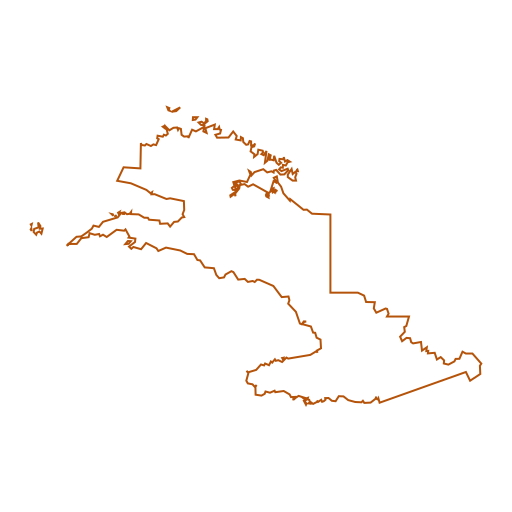 the district of Alotau District, Milne Bay, Papua New Guinea, rotated 180°
{"feature_id": "67681753B64121020462611", "entity_name": "Alotau District", "entity_type": "district", "adm_level": 2, "iso_a3": "PNG", "parent_name": "Papua New Guinea", "parent_adm1": "Milne Bay", "projection": "natural_earth1", "projection_center": [150.058, -10.179], "detail": "fine", "context": "isolated", "style": "outline", "palette": "amber", "viewbox_px": 512, "rotation_deg": 180, "n_neighbors": 0, "source": "geoboundaries", "source_scale": "gbopen_adm2", "svg_char_len": 6162}
<svg xmlns="http://www.w3.org/2000/svg" viewBox="0 0 512 512"><g transform="rotate(180 256 256)"><path d="M181.6,297.5L200.0,298.3L205.1,302.4L208.5,302.2L221.8,312.9L222.1,311.3L228.6,318.7L230.9,325.3L234.1,329.5L235.2,335.6L238.2,334.2L234.8,328.8L238.4,330.9L241.0,322.7L238.4,323.8L238.9,320.6L237.9,321.2L237.1,319.9L236.5,322.1L234.6,320.9L236.5,321.6L236.6,319.6L237.4,319.5L238.0,320.7L239.3,319.7L239.7,321.8L243.2,319.1L243.3,317.0L245.3,318.1L245.8,316.4L243.7,315.6L243.5,314.4L245.6,315.5L246.1,317.0L245.4,318.5L243.4,317.4L243.9,319.3L258.9,327.7L263.9,325.3L267.4,327.9L272.2,326.9L272.8,323.5L276.8,318.5L276.5,315.8L277.5,318.2L281.4,315.3L281.7,316.7L275.8,320.6L275.8,321.9L279.2,322.2L280.1,324.1L276.0,327.4L278.0,327.6L278.7,329.9L272.6,331.5L265.0,330.0L261.6,337.4L263.0,341.2L261.2,340.0L260.5,336.6L257.5,339.9L248.7,342.8L244.8,339.6L240.6,340.7L238.4,339.5L238.2,341.4L235.8,342.1L231.6,337.4L227.7,337.6L223.7,341.8L224.3,343.3L230.5,340.9L232.9,342.6L231.3,344.6L229.2,344.3L229.1,347.1L226.2,346.5L224.4,349.7L222.1,350.3L224.6,351.9L227.0,350.5L228.2,354.9L228.5,352.7L232.5,353.1L232.8,350.9L230.9,349.2L233.2,347.2L235.5,349.3L237.8,356.2L238.4,351.7L242.0,352.7L242.7,351.4L241.3,356.7L243.2,357.7L244.6,351.3L247.1,349.2L245.5,361.0L248.3,356.8L250.6,357.9L248.9,359.7L249.3,361.3L253.7,362.3L254.4,357.9L257.9,355.1L257.6,357.8L261.4,360.6L260.5,364.8L257.8,365.6L256.9,368.5L258.3,366.7L260.9,366.6L260.9,370.6L262.4,371.0L263.9,367.6L265.8,367.2L268.7,370.0L269.1,373.8L271.1,374.9L271.3,371.6L276.3,372.5L275.3,376.0L278.8,380.5L283.5,374.5L294.9,374.3L296.6,377.2L291.9,378.5L291.0,382.1L292.4,382.5L292.9,385.0L294.3,382.9L297.9,382.9L297.2,387.4L306.7,383.8L305.4,379.1L308.6,380.6L307.9,385.1L316.1,380.6L319.9,382.3L323.6,374.0L323.7,375.7L327.9,375.4L330.4,377.2L331.1,383.1L333.1,383.8L334.0,382.1L334.9,384.5L338.6,384.2L342.6,381.7L346.0,385.1L344.2,378.2L346.1,376.5L348.1,377.3L349.2,375.3L354.4,376.3L354.8,373.7L353.3,372.8L355.9,366.9L358.6,367.6L361.1,366.0L365.6,368.0L367.1,366.5L370.4,367.0L371.1,368.9L371.6,343.6L388.4,344.7L394.8,331.2L381.1,328.7L365.6,322.1L361.5,318.8L360.0,319.8L360.5,317.7L357.3,317.8L345.5,313.0L341.9,313.7L328.1,310.9L327.8,302.0L329.4,297.8L327.8,294.9L330.2,294.5L334.1,290.5L337.9,290.1L341.9,285.4L344.3,288.6L351.9,288.2L352.6,291.5L363.0,292.3L364.1,294.2L367.8,294.3L373.3,297.6L381.1,297.9L380.9,300.1L382.3,298.2L385.0,297.8L387.1,299.3L387.8,298.0L389.0,298.1L388.4,299.5L390.8,299.1L394.3,294.6L409.0,290.2L413.1,285.1L418.5,286.4L420.2,283.3L425.4,279.3L430.7,275.6L435.5,275.2L443.5,268.0L435.2,268.1L430.7,273.8L423.4,274.8L422.4,278.8L417.2,277.2L412.9,278.0L412.0,275.7L409.0,277.3L405.3,275.0L395.4,282.2L387.8,281.3L386.5,282.6L382.6,275.5L383.4,274.4L376.6,273.4L377.0,270.0L383.0,265.4L380.7,263.2L378.6,265.0L370.9,262.8L365.9,269.0L355.5,263.7L353.7,261.0L346.0,264.4L331.7,261.5L324.8,258.1L318.0,257.8L314.6,252.0L311.9,251.6L307.3,244.6L298.1,243.8L295.7,237.1L292.8,233.8L288.0,234.6L286.5,237.5L280.6,240.8L278.6,239.9L273.8,232.4L267.3,233.1L264.1,230.1L259.3,231.0L257.3,230.0L255.0,232.3L252.7,232.2L238.6,226.0L230.3,214.9L223.5,215.5L222.6,211.8L223.8,208.3L216.1,200.2L212.1,188.5L210.2,187.7L208.2,190.6L205.8,190.5L208.2,190.0L209.5,187.8L201.1,185.5L198.9,179.4L196.8,179.2L195.4,174.3L191.5,172.4L191.0,163.7L195.0,161.5L194.6,159.3L195.5,160.9L201.7,157.1L223.8,153.4L225.6,154.4L229.9,150.0L233.7,151.8L236.2,151.2L237.1,152.7L239.8,149.4L241.1,150.5L243.0,146.8L246.9,148.5L247.9,146.6L251.0,147.5L255.8,142.1L263.8,139.7L265.5,141.1L263.6,138.9L265.7,131.3L264.2,128.6L259.5,127.7L257.4,125.3L255.4,126.9L256.6,125.2L256.4,117.3L250.5,116.4L247.3,118.2L246.5,120.5L242.0,119.3L237.4,121.3L236.7,119.8L228.3,121.0L222.4,117.6L221.0,114.9L216.9,115.1L217.4,113.5L213.4,116.1L207.9,114.4L208.9,114.0L207.6,113.0L204.1,114.2L204.5,112.6L202.8,112.2L202.0,109.8L203.6,108.6L201.3,108.3L201.2,109.8L198.9,108.1L194.6,110.3L194.9,111.5L193.9,110.1L190.8,112.2L189.9,110.2L188.2,110.8L186.5,112.3L186.8,113.9L183.5,114.0L180.1,111.2L176.4,110.8L173.2,115.8L168.5,115.6L163.8,111.9L156.8,110.0L150.6,109.7L149.1,111.2L147.7,109.1L141.4,109.4L136.5,113.2L135.7,115.4L135.8,113.3L134.1,112.5L133.6,113.6L132.4,109.3L46.1,140.0L41.9,131.3L31.7,138.0L32.1,146.2L30.7,148.4L39.6,158.5L46.2,158.5L49.5,160.3L52.6,153.2L56.4,153.1L57.6,150.6L63.6,147.4L68.2,148.5L67.9,151.6L71.3,154.9L75.1,152.5L77.3,159.2L84.1,158.6L83.8,161.1L85.7,160.9L85.2,164.7L90.0,161.4L91.0,170.0L98.9,168.6L100.8,169.8L101.9,173.8L105.5,174.1L109.9,170.8L111.9,175.3L107.2,180.2L107.8,184.9L105.7,186.0L103.0,195.5L125.0,195.5L123.4,198.3L125.0,203.1L126.4,203.5L135.7,199.3L138.2,203.6L137.2,209.8L145.9,210.0L147.9,216.4L154.1,219.3L181.6,219.3L181.6,297.5ZM219.4,331.4L216.0,331.4L216.8,334.7L215.5,338.2L216.6,340.2L219.3,338.0L220.4,343.0L224.2,337.4L224.2,334.9L219.4,331.4ZM478.4,280.1L475.8,277.3L475.0,279.4L472.6,280.5L470.6,278.3L469.3,283.5L472.1,283.3L471.6,286.0L473.9,289.5L473.4,284.6L477.8,283.1L478.4,280.1ZM311.0,387.1L307.6,386.7L308.0,387.8L304.3,390.8L304.7,392.7L305.9,393.2L305.9,391.0L307.9,388.5L310.4,390.3L313.4,389.5L311.0,387.1ZM276.8,329.5L273.2,325.8L271.2,328.2L272.5,330.5L276.8,329.5ZM275.2,327.1L277.0,324.9L276.4,323.1L273.4,323.9L275.2,327.1ZM340.2,400.3L335.8,400.9L331.8,404.6L340.2,400.3ZM386.7,267.9L383.3,268.2L381.2,270.8L384.1,271.0L386.7,267.9ZM319.0,394.8L319.2,392.0L316.5,392.4L314.6,394.8L319.0,394.8ZM205.6,112.1L208.1,111.2L206.0,107.2L205.4,108.4L207.5,110.8L205.6,112.1ZM343.6,401.7L342.2,401.2L343.3,402.5L342.7,403.9L344.8,404.8L343.6,401.7ZM347.6,386.1L349.2,385.3L347.5,384.0L347.6,386.1ZM480.7,283.6L481.3,282.5L480.3,281.1L480.7,283.6ZM480.2,288.1L481.2,287.6L480.6,286.5L480.2,288.1ZM228.4,154.3L229.8,154.0L229.0,152.5L228.4,154.3ZM392.4,300.2L393.9,299.3L393.2,297.9L392.4,300.2ZM217.9,112.7L217.4,113.2L219.6,112.7L217.9,112.7ZM400.5,298.0L399.3,296.8L398.9,297.0L399.2,297.7L400.5,298.0ZM444.2,267.6L445.3,266.3L444.0,266.9L444.2,267.6ZM215.3,340.8L214.1,340.8L214.6,342.5L215.0,342.2L215.3,340.8ZM395.2,296.2L396.5,296.3L396.6,296.1L395.2,296.2Z" fill="none" stroke="#b45309" stroke-width="2"/></g></svg>